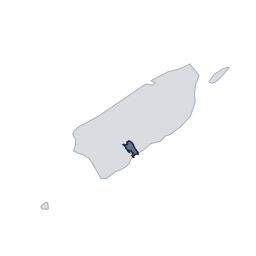 location of Peñuelas, Puerto Rico, rotated 324°
{"feature_id": "32010507B14079989067624", "entity_name": "Peñuelas", "entity_type": "district", "adm_level": 2, "iso_a3": "PRI", "parent_name": "Puerto Rico", "parent_adm1": "", "projection": "natural_earth1", "projection_center": [-66.73, 18.055], "detail": "fine", "context": "in_parent", "style": "filled", "palette": "slate", "viewbox_px": 256, "rotation_deg": 324, "n_neighbors": 0, "source": "geoboundaries", "source_scale": "gbopen_adm2", "svg_char_len": 3236}
<svg xmlns="http://www.w3.org/2000/svg" viewBox="0 0 256 256"><g transform="rotate(324 128 128)"><path d="M171.2,106.0L173.9,108.0L176.6,107.7L174.4,103.4L176.4,103.4L193.4,106.1L204.4,110.5L215.6,112.6L216.4,127.2L207.7,133.0L202.1,139.1L197.5,146.6L185.3,155.3L170.7,157.9L161.0,158.1L157.3,157.8L153.8,156.4L146.4,157.8L137.3,154.0L129.6,154.9L114.1,154.0L108.3,157.3L102.8,158.1L97.3,157.4L92.7,156.0L81.2,156.1L76.4,153.2L78.4,136.6L78.6,129.1L75.8,122.9L72.7,119.0L70.5,114.4L75.0,111.4L78.7,106.9L79.8,100.3L83.9,98.6L88.6,97.9L110.5,101.0L165.9,102.7L169.1,103.3L171.2,106.0ZM233.7,141.5L226.8,142.2L222.2,141.3L220.7,138.2L229.1,135.3L239.0,135.7L244.6,137.5L245.3,138.6L233.7,141.5ZM16.4,146.3L15.6,146.4L14.7,146.3L14.3,146.0L13.8,145.1L11.2,143.5L10.7,142.1L11.2,140.5L12.3,139.9L17.4,139.8L17.9,139.9L19.0,141.0L19.0,141.7L18.5,142.4L17.6,144.3L17.2,144.7L16.9,145.2L16.8,146.0L16.4,146.3Z" fill="#d9dde1" stroke="#a8b0b8" stroke-width="1"/><path d="M121.1,138.9L120.7,138.9L120.3,139.1L120.1,139.0L119.7,139.1L119.4,139.0L119.3,138.8L119.0,138.8L119.0,139.0L118.8,139.4L118.6,139.4L118.6,139.6L118.3,139.8L118.2,140.1L118.3,140.4L118.2,140.5L118.1,140.8L117.7,140.9L117.3,140.5L117.1,140.5L117.0,140.3L116.7,140.4L116.6,140.5L116.4,140.5L116.1,140.7L115.8,140.3L115.7,140.0L115.5,139.6L115.3,139.2L115.1,139.0L115.0,138.8L114.7,138.6L114.4,138.5L114.4,138.9L114.5,139.1L114.4,139.2L114.8,139.8L114.8,140.1L114.9,140.4L115.0,140.7L115.1,140.9L115.0,141.0L114.8,141.4L114.7,141.4L114.8,142.0L114.7,142.3L114.6,142.5L114.5,142.8L114.3,143.4L114.4,143.7L114.6,143.8L114.7,144.0L114.7,144.4L114.6,144.5L114.6,144.8L114.4,145.2L114.5,145.4L114.5,145.5L114.6,145.9L114.6,146.0L114.4,146.2L114.4,146.4L114.5,146.6L114.4,146.7L114.6,147.1L114.6,147.3L114.5,147.8L114.7,148.4L114.8,148.5L114.8,148.3L114.9,148.0L114.9,147.7L115.1,147.6L115.3,147.2L115.5,146.8L115.6,146.7L115.7,147.0L115.7,147.3L115.8,147.4L116.0,147.5L116.2,147.8L116.4,147.9L116.7,147.8L117.0,147.9L117.1,147.6L117.1,147.9L117.3,148.0L117.1,148.3L117.1,148.5L117.0,148.9L116.9,149.1L116.8,149.4L117.0,149.5L117.2,150.0L117.3,150.1L117.5,150.4L117.6,150.8L117.5,151.1L117.2,151.2L116.8,151.2L116.2,151.5L116.0,151.9L116.0,152.0L115.9,152.4L115.9,152.5L115.7,152.7L115.1,152.8L115.3,153.1L115.5,153.5L115.5,154.0L115.0,154.2L115.0,154.3L115.0,154.6L115.3,154.9L115.3,155.0L115.5,155.1L115.7,154.5L116.0,154.0L116.4,153.7L116.7,153.6L116.9,153.6L117.1,153.6L117.3,153.7L117.7,153.5L118.1,153.5L118.5,153.6L118.8,153.6L119.0,153.8L119.4,153.9L119.8,154.3L120.5,154.9L120.6,155.0L120.6,154.9L120.7,154.5L121.1,154.3L121.3,154.2L121.5,153.8L121.7,153.5L121.7,153.3L121.5,153.2L121.5,152.9L121.5,152.5L121.5,152.4L121.4,152.2L121.5,151.8L121.6,151.6L121.6,151.2L121.7,150.9L121.8,150.8L121.7,150.4L121.5,149.7L121.5,149.4L121.5,149.2L121.4,148.8L121.5,148.4L121.6,148.2L121.8,147.8L121.8,147.6L121.6,147.0L121.7,146.8L121.9,146.4L121.9,145.9L122.1,145.7L122.2,145.3L122.4,145.1L122.3,144.8L122.3,144.5L122.4,144.1L122.3,143.9L122.5,143.7L122.5,143.3L122.6,143.1L122.4,142.7L122.4,142.3L122.5,142.1L122.4,142.0L122.4,141.6L122.2,141.3L121.9,140.9L121.9,140.6L121.9,140.2L121.6,139.7L121.2,139.4L121.1,138.9Z" fill="#64748b" stroke="#1e293b" stroke-width="1.5"/></g></svg>